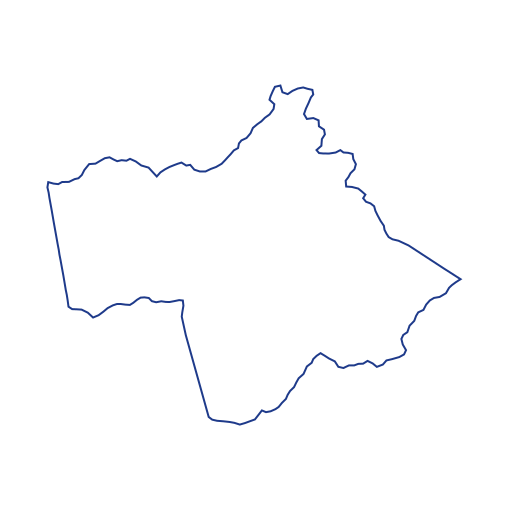 Rio Bonito, Rio de Janeiro, Brazil (Albers equal-area conic projection), rotated 167°
{"feature_id": "56859067B12785647201929", "entity_name": "Rio Bonito", "entity_type": "district", "adm_level": 2, "iso_a3": "BRA", "parent_name": "Brazil", "parent_adm1": "Rio de Janeiro", "projection": "albers", "projection_center": [-42.592, -22.736], "detail": "fine", "context": "isolated", "style": "outline", "palette": "blue", "viewbox_px": 512, "rotation_deg": 167, "n_neighbors": 0, "source": "geoboundaries", "source_scale": "gbopen_adm2", "svg_char_len": 2876}
<svg xmlns="http://www.w3.org/2000/svg" viewBox="0 0 512 512"><g transform="rotate(167 256 256)"><path d="M450.1,248.8L447.1,245.6L442.7,244.4L438.0,243.0L432.6,238.6L428.6,232.7L422.7,233.7L417.2,236.1L412.3,238.6L406.6,240.1L402.4,240.5L398.7,239.7L394.2,238.0L389.9,236.7L386.1,238.0L381.8,240.1L377.8,241.4L374.0,240.8L369.9,239.2L367.6,235.4L363.7,233.4L358.5,233.2L354.1,231.5L350.5,230.6L345.4,230.4L340.8,230.3L337.3,229.1L337.9,223.9L340.5,217.7L342.0,213.6L342.2,194.7L341.5,179.4L338.3,109.8L335.5,106.4L331.0,104.2L325.0,102.3L319.0,100.2L314.6,98.3L309.7,95.4L304.3,95.7L298.8,96.4L293.8,97.0L289.5,100.5L285.0,104.2L281.4,101.6L276.7,101.4L271.5,102.4L267.9,103.8L263.7,107.1L259.0,110.0L256.4,113.6L253.2,116.8L248.4,119.7L245.1,123.8L241.9,127.3L236.2,130.4L231.3,136.9L225.8,139.4L223.4,142.7L219.4,145.1L215.0,146.8L211.5,143.4L207.9,139.7L202.9,135.6L200.7,129.5L196.1,127.2L190.0,128.5L185.0,127.3L180.6,127.9L175.9,127.0L170.9,128.7L166.5,125.1L163.2,120.8L156.8,121.7L152.4,124.9L146.7,124.9L139.1,125.3L133.9,126.8L131.0,130.5L132.9,136.7L133.0,142.5L130.2,146.0L125.7,147.7L122.0,153.6L116.4,157.2L113.5,161.6L110.6,164.6L105.0,165.8L101.1,170.4L96.6,173.6L92.0,175.1L86.3,174.8L79.3,177.0L75.0,181.6L71.8,183.5L67.2,185.5L61.9,187.4L75.8,201.6L105.0,232.0L113.7,238.8L119.3,241.6L122.5,244.6L123.9,248.5L124.9,252.6L124.6,256.7L126.7,262.1L128.4,268.3L129.5,273.1L129.7,277.9L132.6,281.5L136.6,284.1L138.6,288.2L135.6,291.2L138.4,295.1L141.2,298.7L147.0,301.7L152.5,303.4L151.7,309.2L148.2,312.1L145.3,315.4L140.6,318.3L138.0,323.0L139.4,328.5L138.9,333.7L143.0,335.8L147.5,337.2L150.0,340.2L155.1,338.9L161.8,339.4L167.8,340.9L171.4,342.1L173.2,345.6L167.5,348.7L165.5,355.1L161.5,359.0L161.3,363.8L165.5,368.2L164.5,374.1L169.1,377.5L175.6,378.1L177.3,383.5L174.2,388.4L170.5,393.1L166.8,398.2L163.9,400.5L163.7,405.2L168.3,407.4L172.1,409.6L177.6,409.8L183.3,408.7L188.7,406.6L193.4,409.6L193.9,416.6L199.5,416.6L202.6,412.8L205.8,408.5L207.7,405.2L204.0,399.8L205.8,395.3L210.9,390.9L216.2,388.7L220.3,386.1L225.1,384.1L230.2,381.5L233.7,376.8L238.7,373.1L244.2,371.9L247.3,369.5L249.2,365.2L253.8,363.9L257.8,360.9L261.1,358.7L264.4,356.4L268.7,353.6L274.9,351.7L280.4,351.0L286.2,349.7L291.7,351.0L296.7,354.0L299.6,359.6L303.6,359.8L307.6,363.8L311.4,363.5L315.2,363.0L320.3,362.2L325.2,360.9L330.3,359.0L334.8,355.8L340.8,366.3L347.4,370.0L351.9,375.2L356.9,379.0L360.8,378.0L365.4,379.6L369.9,379.6L373.1,382.1L376.5,385.1L381.3,385.3L386.3,383.8L391.6,382.1L397.9,383.1L403.9,378.4L407.5,374.1L411.5,371.7L415.4,371.7L421.6,370.3L428.3,371.7L432.5,370.5L437.0,372.1L441.8,374.7L443.8,369.8L443.8,364.3L444.2,359.2L444.8,346.4L445.5,334.0L446.3,317.9L446.6,311.9L446.8,306.5L447.2,301.6L447.4,295.5L447.6,291.4L448.1,280.4L448.7,270.4L449.0,265.7L449.1,260.8L449.5,255.2L450.1,248.8Z" fill="none" stroke="#1e3a8a" stroke-width="2"/></g></svg>